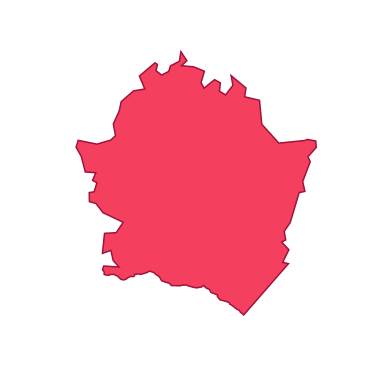 outline of Blount, Tennessee, United States of America, rotated 41°
{"feature_id": "52423323B92517842712244", "entity_name": "Blount", "entity_type": "district", "adm_level": 2, "iso_a3": "USA", "parent_name": "United States of America", "parent_adm1": "Tennessee", "projection": "mercator", "projection_center": [-83.924, 35.674], "detail": "fine", "context": "isolated", "style": "filled", "palette": "rose", "viewbox_px": 384, "rotation_deg": 41, "n_neighbors": 0, "source": "geoboundaries", "source_scale": "gbopen_adm2", "svg_char_len": 1723}
<svg xmlns="http://www.w3.org/2000/svg" viewBox="0 0 384 384"><g transform="rotate(41 192 192)"><path d="M82.2,118.4L79.3,118.8L76.2,139.0L88.8,145.2L81.5,154.1L79.3,170.3L83.9,178.5L87.9,192.2L97.3,199.7L96.6,206.1L88.9,218.2L72.2,227.7L75.1,234.2L85.3,237.9L98.3,246.9L106.8,240.6L109.3,248.5L114.2,247.4L118.0,256.1L114.8,259.8L120.9,266.6L127.0,263.7L138.5,266.0L159.9,260.0L161.5,272.4L153.1,280.6L164.7,297.1L169.1,289.3L177.4,295.4L186.1,296.5L173.9,305.8L175.8,310.0L175.8,309.7L177.3,309.7L178.4,310.1L179.5,311.7L181.1,311.4L184.1,309.2L184.4,308.0L186.8,305.6L190.1,304.6L192.3,304.3L194.7,304.6L196.0,304.4L198.3,303.1L199.4,301.0L200.0,298.4L201.1,295.8L203.0,294.7L203.5,293.5L203.6,292.9L203.0,292.3L203.0,291.6L205.6,288.6L206.8,288.4L207.3,287.9L210.8,282.5L211.6,280.0L212.7,279.2L216.1,277.8L219.0,277.9L222.2,277.4L224.7,277.9L227.1,278.9L230.9,277.6L234.7,275.8L236.8,275.8L237.6,276.3L244.8,270.4L245.3,269.3L248.1,266.4L255.3,263.2L258.3,261.4L261.5,257.5L262.1,254.9L265.4,255.2L267.6,254.6L268.9,254.0L272.1,255.4L278.6,253.0L279.8,254.3L284.2,255.0L285.4,254.2L291.6,251.3L293.1,251.3L293.9,251.8L294.6,251.8L295.9,251.4L302.1,251.1L305.7,250.3L307.1,251.0L310.2,250.8L311.7,250.9L311.8,182.8L306.6,185.6L303.0,172.0L292.5,171.0L294.2,166.7L287.4,161.2L286.2,150.7L273.3,122.2L276.8,117.5L268.7,111.5L261.3,91.5L256.4,89.4L256.5,76.8L251.9,72.3L244.5,76.7L243.6,78.8L225.5,98.1L200.2,95.1L182.8,78.5L169.3,85.6L164.5,78.1L145.1,78.5L152.9,84.6L153.6,96.7L146.6,97.9L141.8,91.0L135.3,92.4L133.0,105.8L127.1,103.5L122.1,92.7L111.0,96.5L101.2,103.6L102.0,96.3L91.6,93.4L96.7,101.6L93.0,110.9L95.3,116.3L92.3,123.7L85.3,124.0L82.2,118.4Z" fill="#f43f5e" stroke="#9f1239" stroke-width="1.5"/></g></svg>